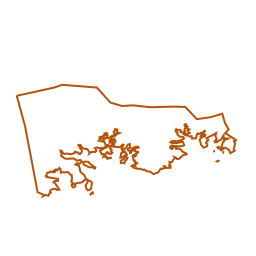 outline of Kota Bontang, Kalimantan Timur, Indonesia, rotated 77°
{"feature_id": "22746128B2679722836886", "entity_name": "Kota Bontang", "entity_type": "district", "adm_level": 2, "iso_a3": "IDN", "parent_name": "Indonesia", "parent_adm1": "Kalimantan Timur", "projection": "equal_earth", "projection_center": [117.495, 0.112], "detail": "fine", "context": "isolated", "style": "outline", "palette": "amber", "viewbox_px": 256, "rotation_deg": 77, "n_neighbors": 0, "source": "geoboundaries", "source_scale": "gbopen_adm2", "svg_char_len": 5969}
<svg xmlns="http://www.w3.org/2000/svg" viewBox="0 0 256 256"><g transform="rotate(77 128 128)"><path d="M170.2,230.5L174.3,225.0L175.2,225.9L174.7,223.7L176.1,220.9L174.1,219.3L173.7,217.8L172.6,218.3L171.1,217.5L170.5,214.5L171.1,212.1L172.4,211.2L172.5,208.7L164.7,211.8L164.2,212.8L163.2,211.7L163.7,208.0L161.9,207.6L157.6,218.0L157.2,217.6L156.6,218.2L156.6,217.2L156.2,218.6L153.4,216.7L153.8,215.3L153.0,213.7L153.4,212.3L153.9,212.3L154.5,209.4L154.1,209.0L152.7,209.8L152.2,207.7L153.2,207.5L153.5,206.6L152.5,205.9L152.6,204.9L151.9,204.2L152.4,203.8L151.9,203.6L153.1,203.0L156.5,203.5L156.1,201.9L157.0,200.2L157.4,196.5L158.1,195.7L160.0,195.2L161.1,193.4L165.4,194.1L167.2,195.3L169.7,193.8L170.7,192.0L170.1,190.3L170.7,185.5L168.3,180.2L164.2,181.2L160.2,184.1L153.7,184.3L151.8,187.4L150.8,185.7L151.8,183.3L151.4,181.8L150.5,180.6L148.7,181.3L148.3,182.9L148.5,184.7L145.4,187.9L144.2,195.1L143.0,196.9L140.0,199.5L137.8,197.9L136.6,198.8L134.9,198.9L135.6,197.6L136.8,197.5L138.8,196.1L139.2,193.2L140.8,189.3L140.3,185.5L139.1,185.1L141.0,181.9L142.4,181.4L142.5,180.4L140.9,178.3L138.7,178.1L136.9,179.3L134.0,179.6L133.4,181.0L133.5,178.7L134.0,178.0L136.3,177.5L138.2,175.7L139.5,172.3L143.3,171.0L144.2,171.5L143.2,169.6L143.5,166.6L144.1,165.3L143.0,163.9L140.1,164.7L140.0,162.4L141.4,160.6L141.3,158.3L142.1,157.6L142.7,158.9L140.7,152.6L140.0,151.9L139.8,153.6L136.3,154.1L134.9,157.1L134.2,154.0L132.8,152.5L131.9,154.5L133.0,158.7L131.8,157.6L130.6,157.8L130.4,156.9L131.7,155.7L130.8,155.0L130.9,153.8L129.8,154.0L129.6,153.5L130.3,151.4L129.8,150.9L128.0,151.8L128.1,149.8L130.6,149.5L133.0,150.9L133.5,150.0L133.3,148.5L132.0,145.2L131.9,143.6L130.9,142.1L128.6,142.9L127.4,141.2L126.1,140.7L127.2,138.7L129.8,139.9L131.0,137.5L131.4,139.9L133.1,143.0L133.1,145.7L135.0,147.0L136.1,148.8L138.1,149.2L135.8,145.8L135.7,143.7L137.5,143.1L138.1,146.3L139.0,147.2L139.8,146.8L139.9,145.1L140.6,146.3L141.1,145.8L141.4,152.0L143.9,160.4L147.8,159.5L147.6,158.2L148.4,156.8L150.5,158.4L150.3,157.5L151.6,155.8L153.3,155.2L153.4,151.4L152.9,151.5L152.9,154.3L149.3,156.7L146.8,153.9L147.1,153.1L148.8,152.6L148.6,151.7L149.5,150.1L148.5,148.8L146.9,149.9L145.8,148.8L143.7,150.3L141.7,148.0L143.0,146.4L144.9,140.1L142.9,136.8L143.4,136.1L146.9,139.0L150.6,138.3L151.0,140.3L155.2,142.1L155.3,138.3L156.2,138.0L157.6,139.3L157.8,141.5L158.9,142.8L160.6,142.7L160.7,140.7L161.5,139.4L159.3,138.0L158.5,136.4L156.8,135.1L156.1,136.1L156.2,137.7L154.4,138.2L153.7,135.7L154.7,134.7L150.3,136.4L149.8,137.0L150.4,137.9L147.1,138.6L146.6,138.1L147.6,137.3L147.4,135.2L144.3,131.9L143.9,129.9L147.5,130.2L148.0,132.6L148.9,133.3L150.2,132.7L150.5,131.2L152.8,131.6L152.8,130.5L151.6,130.0L150.0,127.7L149.3,129.0L148.5,128.0L148.0,124.0L148.7,122.2L149.4,122.1L149.3,124.4L151.5,127.1L152.5,126.2L153.5,123.6L154.1,123.6L154.3,125.7L154.6,124.4L155.7,128.8L156.4,128.2L155.7,126.7L156.6,126.2L157.4,127.6L156.6,129.7L160.7,129.9L160.9,128.8L162.0,129.0L162.9,128.2L163.1,129.0L163.6,129.0L164.5,127.3L165.6,130.0L166.4,129.7L165.3,131.6L166.0,133.1L168.7,130.5L170.2,126.8L170.5,124.8L172.1,123.1L172.2,121.3L174.2,119.6L175.7,116.1L178.3,113.9L178.8,112.9L178.2,111.5L178.3,109.4L177.4,107.6L175.5,106.0L175.0,104.4L175.5,104.1L175.4,102.3L173.4,100.7L174.1,99.8L173.8,100.8L174.5,100.2L175.2,100.7L176.4,95.6L175.1,95.1L174.1,96.2L173.7,95.2L172.4,95.8L171.4,95.0L170.5,95.2L171.2,93.2L167.3,88.9L166.9,89.1L167.5,88.1L169.0,87.5L169.6,85.3L166.9,80.4L166.8,76.7L166.3,76.7L166.4,77.8L165.6,77.4L163.4,80.1L160.3,81.8L159.1,84.2L159.3,85.6L158.2,85.3L156.6,88.7L158.4,89.6L158.4,90.2L156.4,91.3L155.4,90.6L154.8,89.1L155.4,88.8L156.3,89.7L155.7,87.5L157.2,82.9L157.8,78.7L157.5,77.2L154.2,77.5L153.6,78.3L153.7,84.0L152.4,88.6L151.5,89.9L150.6,88.1L152.0,82.9L151.6,77.7L150.8,75.7L149.4,76.2L147.6,80.0L144.9,81.4L143.5,80.6L142.3,82.3L141.4,82.3L139.9,81.3L141.1,80.3L141.3,78.3L142.5,77.1L143.6,77.7L144.6,76.4L145.0,74.5L144.4,74.4L143.9,73.3L142.4,73.4L139.9,71.5L138.0,72.4L137.1,71.3L137.5,70.5L139.0,70.6L140.0,69.7L140.4,70.4L141.9,70.5L143.1,68.6L144.1,70.5L146.7,69.0L147.3,71.9L145.7,73.5L146.5,75.0L148.4,73.2L147.9,72.1L150.2,70.0L150.2,67.9L152.7,68.0L153.3,64.2L149.1,61.9L149.1,61.2L149.7,61.2L149.7,58.1L149.2,58.1L149.2,56.5L148.0,53.9L148.7,53.7L149.8,56.2L152.5,59.1L152.9,58.4L152.6,56.3L151.5,55.4L152.0,54.2L153.4,55.0L153.3,56.4L154.1,59.0L155.5,60.8L160.9,60.5L164.2,58.8L163.5,54.9L161.5,54.4L159.9,55.4L158.7,54.3L158.1,52.3L158.4,52.0L155.5,53.7L154.1,48.0L154.3,47.5L153.6,46.6L153.8,44.5L153.2,44.5L152.8,43.2L155.3,44.6L158.2,44.1L159.8,45.3L160.2,46.6L161.5,46.5L161.8,44.5L160.9,43.6L160.5,40.3L156.7,36.5L159.6,37.0L160.8,32.8L161.3,34.4L160.8,37.2L162.5,37.3L163.3,38.8L167.2,41.1L169.2,40.5L169.6,39.4L169.0,39.0L169.1,37.6L172.0,34.5L175.6,33.9L174.1,29.1L172.5,29.8L167.2,27.1L164.7,27.8L164.6,26.1L164.0,25.5L155.0,34.2L151.9,30.3L144.6,32.4L135.3,32.9L136.0,45.4L134.9,58.9L120.4,67.4L117.5,78.4L112.8,101.5L107.1,117.9L105.2,128.9L99.3,139.4L81.6,149.2L71.1,182.4L72.0,190.8L71.6,228.4L72.1,229.1L103.1,227.9L170.2,230.5ZM179.2,177.9L173.8,175.6L172.5,175.6L170.8,177.2L170.4,178.6L174.7,182.3L177.9,182.2L179.8,181.0L179.2,177.9ZM153.5,179.5L157.6,174.6L158.2,171.2L159.9,169.9L159.9,169.1L159.1,168.7L155.0,172.6L152.0,174.4L150.9,177.9L151.2,179.1L153.5,179.5ZM173.8,193.9L173.2,192.6L172.1,192.2L169.8,194.1L170.3,195.4L171.6,195.8L173.3,195.1L173.8,193.9ZM170.9,41.9L170.4,41.1L169.4,42.8L169.9,42.9L170.9,41.9ZM168.5,43.3L167.8,43.1L167.4,44.4L168.1,44.7L168.5,43.3ZM183.5,177.7L183.6,176.8L182.7,176.8L182.8,177.7L183.5,177.7ZM180.5,48.8L180.9,47.9L180.5,47.2L180.0,47.8L180.5,48.8ZM184.9,180.1L184.0,178.6L183.7,177.7L183.9,179.2L184.9,180.1ZM166.8,45.1L167.2,44.8L167.1,43.7L166.6,44.2L166.8,45.1ZM172.7,41.2L173.2,40.7L172.9,40.6L172.7,41.2ZM169.1,180.0L169.5,179.5L169.2,179.3L169.1,180.0ZM170.1,49.2L170.2,48.6L169.9,49.1L170.1,49.2Z" fill="none" stroke="#b45309" stroke-width="2"/></g></svg>